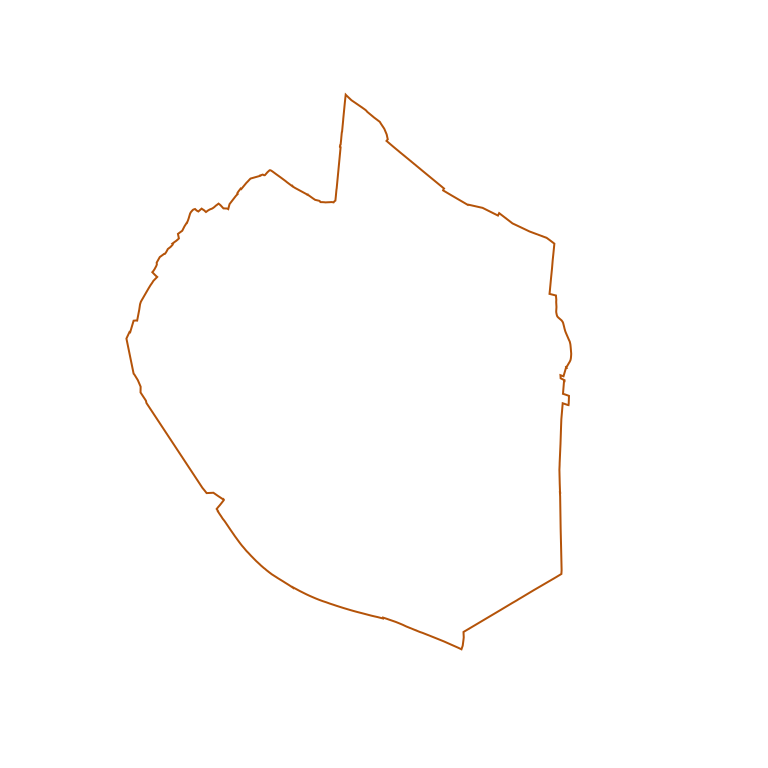 Best, Noord-Brabant, Netherlands (Natural Earth projection), rotated 41°
{"feature_id": "6326949B75137291849873", "entity_name": "Best", "entity_type": "district", "adm_level": 2, "iso_a3": "NLD", "parent_name": "Netherlands", "parent_adm1": "Noord-Brabant", "projection": "natural_earth1", "projection_center": [5.39, 51.516], "detail": "fine", "context": "isolated", "style": "outline", "palette": "amber", "viewbox_px": 768, "rotation_deg": 41, "n_neighbors": 0, "source": "geoboundaries", "source_scale": "gbopen_adm2", "svg_char_len": 5865}
<svg xmlns="http://www.w3.org/2000/svg" viewBox="0 0 768 768"><g transform="rotate(41 384 384)"><path d="M344.9,589.9L348.3,590.8L351.0,591.6L351.5,591.6L351.8,591.7L353.4,592.0L355.0,592.4L363.6,594.7L371.4,596.7L378.4,598.3L380.8,598.8L382.9,599.2L385.1,599.5L385.7,599.6L386.4,599.7L387.0,599.8L387.6,599.9L388.2,600.0L388.8,600.1L389.5,600.2L390.1,600.3L390.7,600.3L391.4,600.4L392.0,600.4L396.4,600.9L399.2,601.1L399.9,601.2L400.6,601.2L401.2,601.3L401.9,601.3L402.5,601.4L403.2,601.4L403.8,601.5L404.5,601.5L405.2,601.5L408.0,601.6L408.8,601.6L409.6,601.7L410.4,601.7L411.2,601.7L412.0,601.7L412.8,601.7L413.5,601.7L414.3,601.7L415.1,601.6L415.9,601.6L416.7,601.6L417.4,601.6L418.1,601.6L418.8,601.5L419.5,601.5L420.3,601.5L421.0,601.4L421.7,601.4L422.4,601.3L423.1,601.3L424.3,601.2L425.6,601.0L428.3,600.6L430.2,600.3L430.6,600.3L437.7,599.1L439.8,598.8L442.2,598.4L444.8,598.0L448.9,597.5L448.6,597.2L449.1,597.1L452.6,596.3L456.2,595.5L459.7,594.6L463.2,593.7L466.7,592.7L470.2,591.6L473.6,590.5L477.0,589.3L480.4,588.0L483.7,586.6L487.1,585.3L490.4,583.9L493.8,582.5L500.5,579.6L503.8,578.1L507.1,576.6L510.3,575.1L513.6,573.5L516.8,571.9L520.0,570.3L526.5,567.1L529.7,565.4L531.9,564.2L537.1,561.6L536.6,560.9L540.6,559.2L541.9,558.7L545.6,557.2L549.1,555.8L552.6,554.6L556.2,553.4L559.8,552.4L563.3,551.2L566.8,550.0L570.3,548.8L573.8,547.6L576.2,546.6L581.3,544.8L591.3,541.3L598.3,538.9L605.5,536.7L612.6,534.5L616.5,533.4L615.1,529.9L612.2,525.5L610.4,522.9L606.7,519.0L606.9,518.3L611.3,505.1L614.6,495.1L620.2,478.2L624.7,464.4L624.8,464.2L626.3,459.8L626.5,459.1L626.6,458.7L628.2,453.9L632.4,441.0L633.5,437.8L634.9,433.7L640.5,417.2L642.5,411.0L640.2,408.0L626.1,392.5L612.6,377.7L590.7,353.3L587.8,350.3L588.0,350.2L587.2,349.5L581.9,343.8L572.6,333.6L569.5,329.7L569.4,329.6L568.4,328.4L560.3,318.2L556.4,313.3L546.0,300.5L541.0,294.3L535.6,286.9L531.5,281.3L536.6,279.2L537.1,278.9L536.4,277.8L536.0,277.3L532.7,273.2L531.5,271.7L531.4,271.6L527.8,273.0L525.5,274.0L525.1,273.4L520.9,267.7L517.6,263.2L518.1,263.1L517.8,262.7L513.6,263.8L511.4,261.6L514.4,260.4L510.9,252.8L511.1,252.6L511.4,252.0L510.2,251.6L510.4,250.9L510.5,250.3L510.4,250.0L509.8,246.8L509.7,246.0L509.3,244.4L509.0,243.5L508.1,241.9L506.8,240.1L505.5,238.4L501.2,234.2L499.2,232.3L498.4,231.6L497.0,230.6L496.3,230.1L494.9,229.5L490.3,227.3L487.4,225.9L486.1,225.2L483.8,223.7L482.3,222.6L479.1,220.4L478.5,220.1L478.3,220.0L477.5,219.8L477.3,219.7L476.7,219.6L476.3,219.5L476.2,219.5L475.6,219.5L475.1,219.5L474.2,219.5L472.8,219.5L472.4,219.5L472.0,219.5L471.7,219.5L471.3,219.4L470.9,219.4L470.6,219.3L470.3,219.2L470.0,219.1L469.6,218.8L469.0,218.5L468.5,218.1L468.0,217.7L467.3,217.2L466.8,216.7L466.3,216.2L463.7,212.8L460.2,209.2L458.7,207.3L456.3,205.0L455.7,204.4L449.8,207.4L447.7,204.4L441.1,195.2L434.8,186.3L430.1,179.9L426.6,174.9L420.5,166.3L414.5,166.7L410.9,167.0L393.8,173.4L384.8,175.9L375.6,178.5L371.8,178.7L358.8,179.5L359.5,182.1L342.8,186.4L340.8,187.5L330.2,193.2L329.9,193.4L329.9,193.8L311.0,197.4L301.6,199.1L301.0,197.5L301.0,197.1L275.5,197.8L251.5,198.4L244.9,198.6L235.6,198.8L226.4,198.9L226.3,196.8L225.8,196.5L223.1,194.5L222.3,193.9L216.8,191.2L216.1,191.0L211.0,189.6L208.8,188.9L201.6,189.4L193.0,189.6L190.8,189.3L189.2,189.4L187.3,189.6L187.2,189.6L173.2,191.2L166.5,190.9L165.3,190.8L169.4,196.7L179.5,210.9L179.9,211.4L186.9,221.2L186.9,221.5L188.0,223.1L191.4,227.8L194.2,231.8L194.1,232.3L194.9,233.6L195.1,233.5L195.6,234.1L196.0,233.9L220.0,267.5L220.6,268.5L224.9,274.5L227.0,277.5L226.8,278.2L226.7,279.2L226.8,280.0L225.3,280.9L220.6,285.4L220.3,285.6L219.4,286.2L216.7,288.4L215.4,288.1L215.0,288.2L211.2,290.2L208.8,290.5L203.6,291.0L203.4,291.0L202.6,291.1L202.6,291.3L201.8,291.5L201.7,291.2L201.2,291.5L191.3,293.7L188.2,294.4L187.5,294.5L186.5,294.7L184.9,294.6L185.0,294.9L183.6,295.0L178.0,295.4L176.8,295.4L170.3,295.9L165.0,296.4L162.4,296.6L160.1,296.8L158.8,297.0L158.4,297.1L158.0,297.3L157.6,297.5L157.4,298.0L157.1,300.6L157.1,300.8L157.1,304.5L156.6,305.1L155.1,305.5L153.7,307.9L154.0,308.1L148.5,316.5L148.5,316.9L148.4,317.3L148.4,317.6L148.4,317.8L148.3,321.0L148.2,322.0L148.2,323.1L148.4,330.5L147.6,330.5L147.8,333.9L147.9,334.8L148.1,336.1L148.7,337.2L148.9,337.1L148.8,339.2L149.4,349.5L150.4,351.6L151.7,354.2L151.2,354.3L150.4,354.6L150.2,354.7L147.6,356.8L143.1,356.3L140.8,356.4L140.3,358.9L140.1,359.6L140.0,360.6L139.8,362.1L139.6,362.9L139.3,364.1L138.8,365.1L138.1,366.4L137.4,368.3L136.8,371.0L136.6,371.0L135.9,371.0L134.4,370.9L133.9,371.0L131.3,371.3L130.7,375.6L128.8,376.0L126.6,375.9L125.7,377.4L125.6,377.8L125.5,378.4L125.5,379.1L125.5,379.5L125.5,380.2L125.5,381.0L125.6,381.5L125.7,381.9L125.8,382.3L125.9,382.7L127.9,387.1L128.6,388.8L129.5,391.4L129.3,391.4L130.0,396.0L131.2,400.7L130.0,405.9L133.7,408.7L133.6,410.2L133.5,410.6L133.3,412.1L133.1,412.9L132.8,414.1L132.2,416.8L132.8,416.7L133.1,417.8L133.0,419.8L133.0,420.5L132.3,424.0L132.7,425.5L132.9,426.6L133.2,428.0L133.2,428.6L133.2,429.7L132.8,429.9L132.7,430.1L132.6,430.3L132.5,431.0L131.5,435.3L132.8,441.5L134.2,442.9L134.8,444.7L135.3,447.0L135.5,447.8L135.8,450.2L135.8,451.6L136.8,451.7L139.0,451.9L141.3,452.0L142.6,452.0L142.3,457.4L142.3,457.6L142.6,459.3L142.7,460.1L142.9,462.0L143.0,462.9L143.6,466.4L146.3,480.3L146.4,480.7L146.5,481.3L147.5,483.7L148.1,484.7L148.5,485.3L150.6,488.6L156.1,498.1L154.9,499.0L153.5,500.5L157.5,509.3L158.5,511.5L157.8,511.7L159.8,518.7L164.9,522.6L188.3,540.5L189.3,540.6L195.7,542.6L202.1,545.7L205.8,550.1L207.9,550.7L215.3,552.8L217.2,554.2L260.6,566.3L264.9,567.5L307.9,579.5L315.0,581.5L318.6,582.1L321.7,582.7L326.6,578.0L332.1,577.4L338.2,576.6L338.2,576.3L338.8,576.3L339.1,576.4L339.2,576.5L339.3,577.0L339.5,580.8L339.6,583.2L339.6,585.6L339.7,588.1L341.1,588.5L342.1,588.8L342.1,589.1L344.9,589.9Z" fill="none" stroke="#b45309" stroke-width="2"/></g></svg>